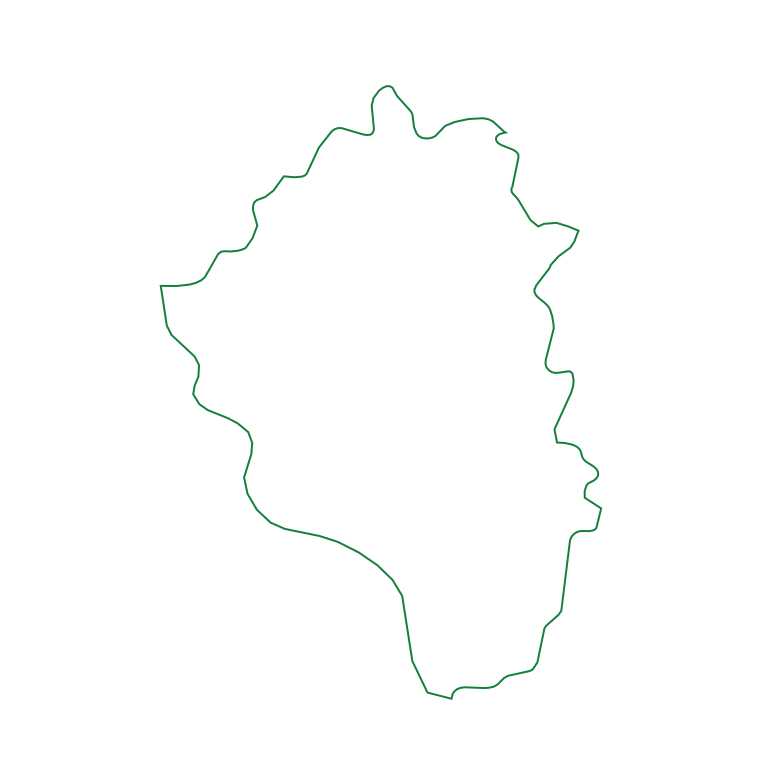 outline of Zlínský, rotated 103°
{"feature_id": "CZE-10371", "entity_name": "Zlínský", "entity_type": "Region", "adm_level": 1, "iso_a3": "CZE", "parent_name": "Czechia", "parent_adm1": "", "projection": "albers", "projection_center": [17.624, 49.185], "detail": "fine", "context": "isolated", "style": "outline", "palette": "green", "viewbox_px": 768, "rotation_deg": 103, "n_neighbors": 0, "source": "natural_earth", "source_scale": "10m", "svg_char_len": 2585}
<svg xmlns="http://www.w3.org/2000/svg" viewBox="0 0 768 768"><g transform="rotate(103 384 384)"><path d="M664.3,280.7L647.5,294.1L586.4,318.6L573.1,331.5L562.2,349.4L553.8,370.8L548.2,393.8L546.6,412.5L546.7,416.7L547.5,447.9L544.6,463.3L535.2,479.5L521.8,492.2L506.6,499.3L482.0,497.5L470.9,499.2L461.4,505.5L455.3,517.7L452.5,528.1L449.1,549.7L445.3,559.3L436.9,567.6L428.1,568.1L418.5,566.5L407.2,568.5L399.8,574.7L384.0,602.1L375.9,608.8L338.6,623.6L335.1,607.8L330.7,595.4L327.7,589.9L324.2,585.5L319.8,582.4L294.9,574.9L292.0,572.8L290.6,569.7L289.2,562.5L286.9,556.0L283.9,550.9L282.2,549.2L271.6,544.9L258.1,543.1L243.5,551.0L239.9,551.6L236.5,551.3L233.6,549.5L228.6,541.9L220.4,535.2L204.2,528.3L202.8,518.2L200.5,510.8L198.7,508.1L196.6,506.6L168.2,500.6L149.4,491.7L146.9,489.4L145.1,486.7L144.2,483.0L145.5,461.3L145.3,456.6L144.0,453.1L141.4,451.3L138.0,451.1L115.6,458.6L107.7,458.5L99.3,454.8L95.9,452.0L93.5,448.9L92.5,445.6L93.4,442.4L100.4,436.1L112.3,419.2L114.6,417.1L127.0,412.5L132.7,408.5L134.6,405.7L135.6,402.3L135.3,398.2L134.1,394.4L132.5,391.6L130.6,389.6L118.7,382.4L112.9,374.2L106.8,361.2L102.8,347.5L102.5,341.7L103.6,337.1L111.1,323.7L111.6,322.1L112.1,323.3L114.1,326.9L115.5,328.6L117.3,329.8L119.3,330.2L121.6,329.4L123.5,327.2L124.7,323.8L126.7,310.9L128.0,307.3L130.1,304.8L133.3,303.9L162.9,303.3L164.8,303.7L166.3,303.6L168.3,302.6L169.8,301.0L172.0,297.5L174.5,294.4L190.1,279.4L191.7,277.5L195.8,269.1L191.9,264.1L188.2,252.2L189.0,240.2L190.9,229.0L199.5,230.2L202.3,230.5L209.3,233.2L220.5,242.8L230.1,248.1L234.1,248.9L253.6,257.8L258.3,258.7L261.0,257.8L263.8,255.3L266.0,251.4L268.2,246.8L270.4,242.9L272.3,240.5L274.6,238.6L280.5,235.2L288.4,232.0L291.9,231.1L324.3,231.8L327.5,231.3L330.3,230.1L332.3,228.2L333.7,226.0L334.7,223.1L334.7,220.0L333.5,215.6L330.6,208.5L329.9,205.7L330.8,203.6L332.5,202.2L338.0,200.0L343.1,199.3L350.0,199.6L389.9,207.7L402.1,202.2L400.8,194.7L400.7,187.8L401.1,184.4L402.1,181.2L403.5,178.8L405.2,177.3L410.8,174.2L412.6,172.4L414.3,169.6L417.2,161.2L419.0,158.0L421.2,156.0L423.5,155.0L425.9,155.0L428.3,155.9L430.6,157.6L434.9,162.6L437.5,163.9L443.1,164.4L449.7,162.8L456.4,144.4L476.4,144.7L478.2,145.7L479.8,147.6L481.1,150.6L483.0,159.2L484.8,162.7L487.4,165.2L490.5,166.9L494.4,167.6L565.1,160.2L569.4,161.9L583.1,171.6L586.2,172.7L620.7,171.9L628.5,174.8L630.8,177.3L640.4,197.5L643.5,200.9L651.3,205.8L654.2,209.0L656.2,213.0L657.6,217.4L661.4,237.4L663.1,241.6L665.3,244.5L667.9,246.4L670.5,247.4L675.5,247.5L674.9,272.2L664.3,280.7Z" fill="none" stroke="#15803d" stroke-width="2"/></g></svg>